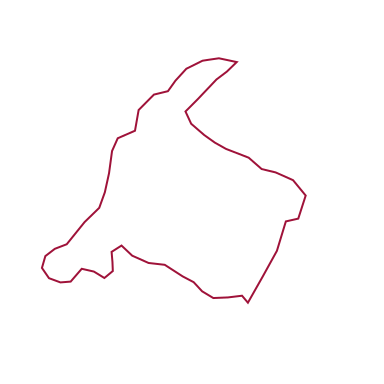 outline of Keryneia, Cyprus, rotated 294°
{"feature_id": "46923920B20243992884618", "entity_name": "Keryneia", "entity_type": "district", "adm_level": 2, "iso_a3": "CYP", "parent_name": "Cyprus", "parent_adm1": "", "projection": "mercator", "projection_center": [33.314, 35.328], "detail": "fine", "context": "isolated", "style": "outline", "palette": "rose", "viewbox_px": 384, "rotation_deg": 294, "n_neighbors": 0, "source": "geoboundaries", "source_scale": "gbopen_adm2", "svg_char_len": 867}
<svg xmlns="http://www.w3.org/2000/svg" viewBox="0 0 384 384"><g transform="rotate(294 192 192)"><path d="M113.6,288.1L143.6,291.0L172.8,293.5L203.3,289.7L210.9,299.9L235.0,297.3L243.9,279.5L243.9,260.4L241.3,246.3L246.4,229.8L245.2,205.5L246.4,192.8L249.0,180.0L254.0,163.5L262.9,153.3L279.4,159.6L304.8,168.6L316.2,174.9L328.9,180.0L325.1,162.2L319.3,153.0L316.2,148.2L302.3,136.7L287.0,131.6L274.3,129.0L265.5,117.6L245.2,109.9L224.8,115.0L210.9,102.3L196.9,102.3L175.3,108.6L156.3,112.5L139.8,113.7L120.8,106.1L93.3,98.8L84.3,89.8L73.8,84.1L61.6,85.8L55.1,96.4L55.9,108.6L60.8,117.6L77.0,122.5L79.4,134.7L78.8,139.5L77.8,146.9L79.7,147.9L87.6,151.8L95.7,147.8L104.6,142.9L114.4,149.4L109.5,163.3L109.5,181.2L114.4,196.7L111.1,217.9L110.3,230.2L105.4,241.6L103.8,254.6L110.3,267.7L117.6,279.9L113.6,288.1Z" fill="none" stroke="#9f1239" stroke-width="2"/></g></svg>